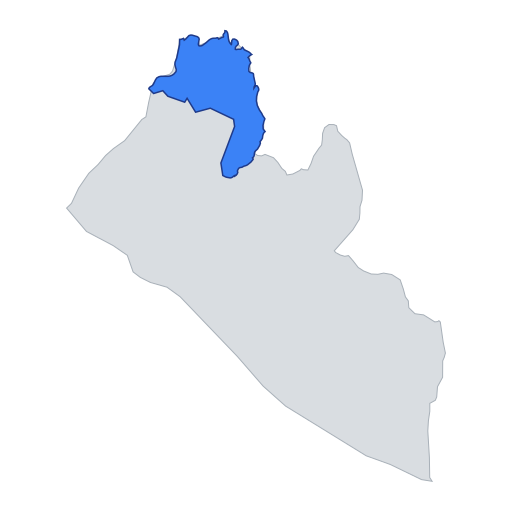 where Lofa sits in Liberia
{"feature_id": "LBR-787", "entity_name": "Lofa", "entity_type": "County", "adm_level": 1, "iso_a3": "LBR", "parent_name": "Liberia", "parent_adm1": "", "projection": "natural_earth1", "projection_center": [-9.763, 7.877], "detail": "fine", "context": "in_parent", "style": "filled", "palette": "blue", "viewbox_px": 512, "rotation_deg": 0, "n_neighbors": 0, "source": "natural_earth", "source_scale": "10m", "svg_char_len": 3962}
<svg xmlns="http://www.w3.org/2000/svg" viewBox="0 0 512 512"><path d="M66.6,208.1L71.5,203.3L78.7,188.0L88.8,173.3L98.1,164.5L105.6,155.5L113.4,148.6L124.7,140.6L141.9,119.4L145.9,116.9L148.7,102.3L153.0,83.6L158.0,77.8L169.7,74.3L172.5,71.1L176.6,57.9L179.3,42.6L179.5,39.3L184.1,38.9L192.0,35.6L196.6,37.1L198.6,41.5L199.7,45.2L223.6,35.7L225.7,33.7L226.9,34.0L229.9,42.6L231.7,42.1L233.1,39.6L234.7,39.4L236.6,40.5L238.4,44.6L241.5,48.2L246.7,50.7L249.9,54.2L249.6,63.4L250.8,72.3L253.1,74.4L254.3,79.8L254.9,85.6L256.1,88.7L257.0,94.6L256.6,101.0L257.5,105.4L261.3,113.2L263.7,122.9L263.7,129.7L262.3,137.0L259.8,143.6L255.3,150.8L255.0,153.7L257.6,155.5L261.6,155.9L265.0,154.4L273.5,157.7L277.9,162.5L281.8,168.4L285.3,171.3L286.9,175.0L292.9,174.0L299.9,170.4L301.3,168.8L303.4,169.7L307.9,170.0L311.0,163.6L313.6,156.2L319.0,148.2L321.6,145.1L322.3,140.0L322.6,133.4L324.6,127.7L329.0,124.5L333.9,124.6L336.5,125.7L337.8,131.3L341.7,135.5L345.0,138.4L346.8,139.6L349.6,142.9L352.2,154.1L362.5,190.2L362.0,200.2L360.0,206.7L359.9,213.1L359.3,219.3L352.9,229.7L334.3,250.8L335.7,252.6L340.2,255.0L344.7,256.3L348.5,255.6L353.1,260.9L358.2,267.5L363.5,270.9L371.2,274.0L377.9,274.3L383.6,273.1L391.7,274.5L400.2,279.9L403.3,289.0L405.4,296.9L408.3,300.9L408.8,307.7L414.9,313.7L423.6,314.9L434.8,321.9L437.7,321.6L438.9,320.7L440.3,322.0L443.2,342.3L445.4,353.1L444.2,357.4L442.7,360.9L442.6,377.3L437.5,386.7L436.7,397.0L435.3,400.3L429.8,403.3L429.8,411.3L428.4,420.8L427.8,431.0L429.4,457.7L429.7,477.5L432.1,481.3L421.5,479.6L390.3,464.5L366.2,455.8L285.6,406.1L263.2,386.2L237.4,356.5L180.1,296.7L167.0,287.2L150.5,282.5L140.3,277.4L133.1,271.9L127.3,255.3L113.0,245.5L86.5,231.5L66.6,208.1Z" fill="#d9dde1" stroke="#a8b0b8" stroke-width="1"/><path d="M148.8,88.8L149.2,87.8L150.0,87.0L152.4,85.5L153.3,84.4L155.5,79.8L156.8,77.9L159.0,76.7L160.9,76.3L168.3,76.3L170.2,76.0L172.0,75.3L173.8,74.1L176.0,71.6L176.3,69.6L175.6,67.5L174.9,64.5L175.1,62.1L176.7,58.0L179.5,44.9L179.6,39.4L180.6,39.4L181.6,39.2L183.5,38.4L184.2,40.2L185.7,39.1L188.9,35.6L190.4,35.1L192.0,35.1L197.2,36.6L198.6,37.6L199.2,39.1L198.3,44.1L198.7,45.6L199.9,46.0L201.9,45.7L205.6,43.1L209.2,39.9L210.7,39.0L212.2,38.4L213.8,38.2L215.5,38.2L216.0,38.1L217.3,37.7L217.7,37.9L218.2,38.4L218.6,39.1L219.4,38.8L221.1,37.8L223.4,37.0L223.5,36.3L223.2,35.5L223.2,34.7L223.8,33.7L224.5,33.0L224.9,32.0L224.9,30.7L226.4,31.0L227.4,32.4L227.9,34.2L228.5,39.2L228.9,41.1L229.9,43.0L231.2,44.6L231.5,44.3L231.6,42.8L231.8,40.6L232.9,39.1L234.7,39.1L236.6,40.1L237.8,41.5L238.3,43.8L237.5,45.0L236.3,46.0L235.4,47.4L235.3,49.3L236.1,49.6L237.5,49.3L239.1,49.2L239.8,49.3L240.6,49.2L241.3,48.8L241.7,48.1L242.4,47.2L243.1,47.9L244.3,49.8L248.9,52.0L250.6,53.4L251.2,54.2L251.7,54.5L250.6,55.2L250.2,55.4L249.6,55.8L249.0,56.4L248.0,57.5L248.8,58.5L249.3,59.6L249.7,60.8L250.2,61.8L250.6,62.3L250.8,62.8L250.6,63.3L250.2,63.7L249.3,65.4L248.7,68.5L248.9,71.4L250.2,72.5L252.4,73.0L253.3,73.6L253.6,74.9L253.6,76.1L255.3,83.8L255.1,84.9L254.1,86.9L254.0,88.1L255.1,86.5L256.1,85.7L257.1,85.8L258.1,87.2L258.6,88.4L258.8,89.5L258.6,90.6L257.9,91.6L257.8,91.9L256.6,96.5L256.4,101.0L257.3,105.5L259.4,110.0L261.8,113.5L262.6,115.3L263.8,117.1L264.9,118.8L263.9,121.5L263.0,125.4L263.2,129.0L265.1,131.6L264.1,132.4L263.3,133.8L262.8,135.4L262.4,138.3L261.7,139.5L260.0,141.7L260.4,143.2L259.6,145.5L257.5,149.1L255.6,150.8L254.8,151.8L254.4,153.1L254.3,154.6L254.1,155.8L253.5,156.9L252.5,157.9L252.8,158.2L253.0,158.6L253.0,159.0L253.1,159.4L250.9,162.1L247.4,164.9L245.9,165.6L243.8,166.2L242.1,167.2L239.5,167.7L238.6,168.5L237.9,169.7L237.4,171.0L237.8,172.3L237.2,173.9L236.1,175.3L234.8,176.1L234.8,175.5L234.0,175.9L232.4,177.2L231.6,177.6L230.8,177.8L230.1,177.9L226.8,177.3L225.5,176.9L222.8,175.5L220.9,163.0L234.6,126.5L233.6,119.3L210.3,108.2L195.6,112.2L187.1,98.3L184.7,102.2L167.9,96.3L162.8,90.7L153.6,93.5L148.8,88.8Z" fill="#3b82f6" stroke="#1e3a8a" stroke-width="1.5"/></svg>